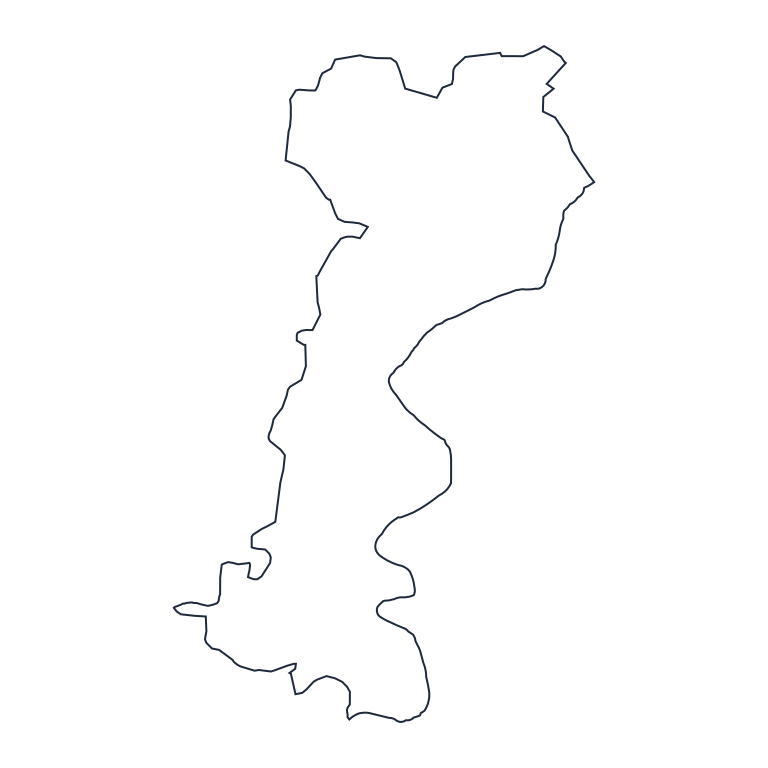 Samannud, Al Gharbiyah, Egypt
{"feature_id": "37247803B28688372464969", "entity_name": "Samannud", "entity_type": "district", "adm_level": 2, "iso_a3": "EGY", "parent_name": "Egypt", "parent_adm1": "Al Gharbiyah", "projection": "albers", "projection_center": [31.248, 30.95], "detail": "fine", "context": "isolated", "style": "outline", "palette": "slate", "viewbox_px": 768, "rotation_deg": 0, "n_neighbors": 0, "source": "geoboundaries", "source_scale": "gbopen_adm2", "svg_char_len": 6087}
<svg xmlns="http://www.w3.org/2000/svg" viewBox="0 0 768 768"><path d="M173.8,607.8L176.6,611.4L180.9,614.3L194.4,615.8L205.8,616.5L206.4,631.4L205.7,635.0L205.0,639.2L206.3,642.8L212.0,648.5L219.1,649.9L232.6,659.9L234.0,662.1L237.6,664.9L240.4,666.4L254.6,670.7L258.9,670.0L271.0,671.5L275.3,670.1L286.7,665.9L293.8,663.8L295.9,663.8L295.2,668.8L289.5,673.0L290.9,673.7L295.5,694.2L302.2,692.9L306.5,689.4L313.6,681.7L317.2,679.6L326.5,676.1L335.0,678.3L342.1,681.8L347.1,686.8L349.9,691.8L349.8,704.6L347.7,707.4L346.9,710.2L347.6,714.5L347.6,717.3L349.3,719.5L351.1,717.9L352.9,716.5L355.6,714.9L357.6,713.9L358.8,713.5L359.7,713.2L361.9,712.9L364.1,712.7L366.3,712.7L367.8,712.8L370.0,713.2L373.1,714.0L389.2,717.9L391.0,718.0L392.0,718.2L393.0,718.5L394.8,719.3L396.7,720.7L398.2,721.4L399.8,721.9L401.4,721.9L403.1,721.6L403.9,721.4L404.6,721.0L405.9,720.2L407.5,720.3L408.4,720.3L410.1,719.9L411.7,719.2L412.4,718.7L413.6,717.6L417.2,716.5L419.4,715.7L420.1,715.2L420.7,713.2L422.8,711.9L424.1,711.0L424.7,710.4L426.0,708.2L427.0,706.0L427.9,703.7L428.5,701.4L429.0,699.0L429.3,696.6L429.3,694.2L429.2,691.9L427.9,684.5L426.2,676.9L426.1,674.1L425.8,671.6L425.3,669.0L424.9,667.3L424.4,665.7L423.4,663.0L421.5,655.9L420.1,650.8L418.8,647.6L418.0,646.1L416.9,644.0L415.8,641.7L415.4,640.5L414.9,638.1L414.4,637.0L413.1,634.7L411.4,633.5L408.0,631.3L407.4,630.3L406.5,629.8L405.8,629.0L397.1,625.4L390.2,622.2L387.5,621.0L383.9,619.1L380.3,616.9L379.2,616.1L378.1,614.7L377.7,613.9L377.3,613.0L377.0,611.8L376.9,611.0L376.9,609.2L377.3,607.4L377.9,606.5L379.8,604.3L381.8,602.4L383.4,601.0L385.3,600.6L387.7,600.5L388.9,600.4L392.1,599.6L394.0,599.2L396.1,598.3L397.2,597.9L399.6,597.4L400.8,597.3L405.3,597.3L408.2,596.9L409.7,596.6L411.8,595.9L413.1,595.4L413.9,595.0L414.2,594.2L414.7,592.4L414.8,591.4L414.8,589.3L413.8,583.1L413.4,581.2L412.6,578.2L411.2,574.5L409.8,571.5L408.1,569.6L406.1,568.1L403.9,566.8L402.7,566.3L401.5,565.8L398.5,565.1L396.1,564.3L392.9,563.1L389.9,561.7L386.9,560.2L384.9,559.0L382.1,557.2L379.4,555.2L378.0,553.7L377.3,552.8L376.3,551.0L375.6,549.1L375.4,548.0L375.3,547.0L375.3,546.0L375.6,543.7L376.3,541.4L377.4,539.2L378.0,538.2L379.5,536.3L382.0,533.9L383.9,530.5L385.0,529.0L386.6,526.9L389.1,524.2L391.9,521.7L394.1,520.1L396.4,518.6L397.8,517.5L398.8,517.3L399.8,517.5L401.3,517.2L407.7,514.8L413.6,512.3L420.4,508.5L423.6,506.5L428.2,503.5L432.8,500.2L439.1,495.4L440.7,494.5L442.6,493.3L445.0,491.4L446.1,490.4L447.6,488.7L449.4,486.2L451.0,483.3L451.1,477.8L451.1,459.2L450.9,455.3L450.3,451.5L449.8,449.3L449.4,448.3L449.0,447.5L448.4,446.7L447.1,445.4L446.0,443.9L445.3,442.3L444.8,440.5L444.2,439.7L443.3,439.2L442.3,438.8L440.6,437.8L435.9,434.4L429.9,429.7L424.5,425.0L422.4,423.6L420.2,421.9L418.8,420.7L416.8,418.8L415.6,417.4L413.7,415.2L410.9,413.4L409.1,411.9L407.4,410.3L405.8,408.6L404.7,407.2L395.9,394.6L394.2,392.7L393.1,391.3L391.5,388.8L390.2,386.1L389.0,382.5L388.8,380.8L389.0,379.2L389.5,377.4L390.0,376.5L390.6,375.5L391.8,374.1L393.3,373.0L394.5,371.0L395.8,369.2L397.0,368.0L397.8,367.3L399.4,366.2L400.8,365.6L401.7,365.1L402.7,364.2L403.4,363.1L403.8,362.1L406.3,359.7L407.8,357.9L409.6,355.4L411.7,351.6L412.5,350.8L413.1,350.2L414.0,348.4L415.9,346.6L417.5,344.8L418.1,343.8L419.3,341.7L421.7,338.8L424.0,335.7L425.5,334.3L426.6,332.9L429.2,331.1L431.7,329.2L436.3,325.1L439.5,324.0L442.2,323.0L443.8,321.5L444.7,320.9L446.8,319.8L447.9,319.3L451.1,318.4L453.2,317.6L455.3,316.8L458.5,315.3L473.8,307.6L477.3,305.5L481.1,303.5L485.0,301.9L489.9,300.4L494.1,298.2L498.5,296.3L500.7,295.5L509.0,292.8L515.9,290.2L519.1,289.7L522.3,289.2L526.5,289.5L529.5,289.4L532.3,289.2L535.3,288.7L537.3,288.8L539.1,288.5L540.7,287.8L542.2,286.8L543.5,285.6L544.5,284.1L545.2,282.4L545.5,281.6L545.6,280.7L545.6,279.4L546.4,277.4L548.5,272.9L551.1,266.7L553.5,260.0L554.3,257.2L555.0,254.2L555.4,251.3L555.7,248.3L555.7,245.0L557.3,240.8L558.6,236.6L559.3,233.4L560.1,228.3L560.9,224.8L561.8,222.3L563.2,219.1L563.4,218.1L563.3,216.9L563.3,214.6L563.6,212.3L564.2,210.6L566.3,208.8L567.2,208.0L568.6,206.2L569.9,204.2L571.9,203.3L573.7,202.1L574.6,201.4L576.1,199.8L577.8,197.4L579.5,196.4L580.3,195.9L581.6,194.6L582.7,193.1L583.5,191.4L583.9,189.5L584.2,187.8L586.4,186.8L588.3,185.9L591.2,184.1L594.2,182.1L589.3,175.9L572.2,150.4L568.1,137.7L567.9,136.8L555.1,117.5L542.9,111.5L543.3,97.0L553.6,88.7L546.7,83.9L565.8,62.9L564.1,61.5L560.8,56.5L551.6,50.5L544.0,46.1L537.8,49.8L523.2,56.2L501.7,56.1L500.1,52.9L465.3,57.0L455.0,66.6L453.5,69.7L453.3,70.9L453.0,79.2L451.9,84.0L442.4,87.7L436.8,97.8L405.2,88.6L399.6,70.4L396.3,62.2L390.8,58.3L376.9,58.1L371.5,57.5L364.5,56.6L360.0,55.3L335.1,59.6L331.1,68.6L322.4,73.2L320.1,77.7L319.4,80.6L318.0,85.5L315.8,89.8L315.1,90.5L308.7,90.4L299.5,89.7L295.9,90.3L290.1,99.5L290.8,105.9L290.8,117.3L290.0,126.5L288.6,131.4L285.6,160.5L299.8,166.2L304.1,168.4L309.7,174.1L315.4,181.9L326.0,197.6L328.8,199.7L330.2,199.7L335.1,213.2L338.0,218.9L344.4,221.8L352.9,222.5L359.3,223.3L367.8,226.9L359.9,238.2L352.8,236.7L347.1,236.7L344.3,237.4L340.7,238.8L332.8,249.4L331.4,250.8L319.9,271.3L317.8,275.5L316.3,276.2L317.6,302.4L319.0,307.4L320.4,314.5L312.5,330.1L306.1,330.0L301.8,330.7L297.6,332.8L296.8,334.9L296.8,340.6L303.9,344.9L305.3,344.9L305.9,366.2L301.6,379.6L300.9,380.3L299.5,381.0L297.3,382.4L290.2,386.6L288.0,389.5L286.6,395.8L282.2,407.9L275.1,417.0L273.6,419.1L272.2,425.5L270.7,430.5L269.3,433.3L268.6,436.1L268.6,438.3L270.0,441.1L280.6,449.7L283.4,453.2L284.9,455.4L283.4,469.5L280.4,482.3L275.3,521.9L267.4,526.2L261.7,529.0L253.1,534.6L251.7,536.7L251.7,547.3L253.8,548.0L257.3,548.8L265.2,549.5L269.4,553.8L270.8,557.4L270.1,563.0L261.5,576.4L257.2,579.3L253.6,579.2L248.0,577.1L248.7,573.5L249.4,570.7L250.1,565.0L249.4,562.9L244.5,563.6L238.1,564.3L232.4,562.8L228.1,562.1L222.4,564.2L221.7,564.9L220.2,577.6L220.1,594.6L219.4,596.0L218.6,601.0L217.2,603.1L213.7,604.5L208.0,605.9L201.6,604.5L196.6,603.0L193.7,603.0L192.0,602.4L186.6,602.9L184.5,603.6L183.0,603.6L180.2,605.0L174.5,607.1L173.8,607.8Z" fill="none" stroke="#1e293b" stroke-width="2"/></svg>